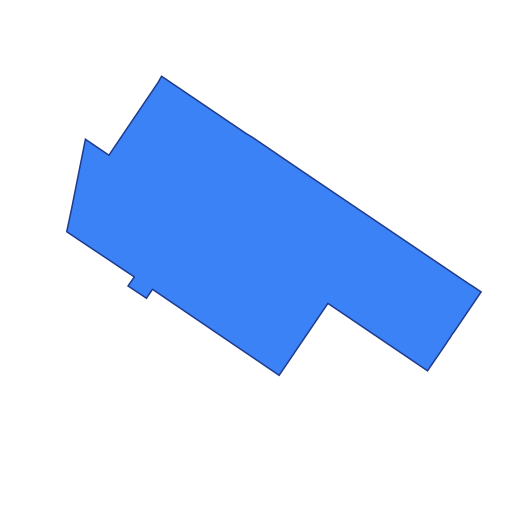 outline of Cibola, New Mexico, United States of America, rotated 214°
{"feature_id": "52423323B12149519863623", "entity_name": "Cibola", "entity_type": "district", "adm_level": 2, "iso_a3": "USA", "parent_name": "United States of America", "parent_adm1": "New Mexico", "projection": "robinson", "projection_center": [-108.196, 34.963], "detail": "fine", "context": "isolated", "style": "filled", "palette": "blue", "viewbox_px": 512, "rotation_deg": 214, "n_neighbors": 0, "source": "geoboundaries", "source_scale": "gbopen_adm2", "svg_char_len": 568}
<svg xmlns="http://www.w3.org/2000/svg" viewBox="0 0 512 512"><g transform="rotate(214 256 256)"><path d="M49.6,256.7L49.4,289.6L49.5,293.2L49.4,296.8L49.6,300.4L49.4,304.0L49.3,352.1L61.7,352.1L62.4,351.9L265.7,352.1L325.5,352.4L332.4,352.0L434.8,352.2L434.2,344.7L434.3,297.5L434.3,257.3L462.7,257.4L435.2,191.8L426.5,170.3L411.8,170.3L345.2,170.6L345.3,159.6L323.2,159.7L323.2,170.5L302.1,170.4L244.4,170.2L170.1,170.0L170.1,171.9L170.1,173.5L169.9,256.9L162.9,256.9L159.6,256.9L90.4,256.8L49.6,256.7Z" fill="#3b82f6" stroke="#1e3a8a" stroke-width="1.5"/></g></svg>